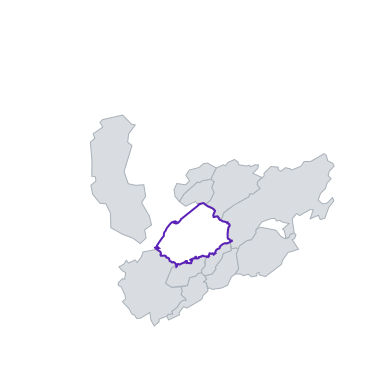 Poland highlighted, Robinson projection, rotated 319°
{"feature_id": "POL", "entity_name": "Poland", "entity_type": "country or territory", "adm_level": 0, "iso_a3": "POL", "parent_name": "Europe", "parent_adm1": "", "projection": "robinson", "projection_center": [19.099, 51.929], "detail": "fine", "context": "with_neighbors", "style": "outline", "palette": "violet", "viewbox_px": 384, "rotation_deg": 319, "n_neighbors": 11, "source": "natural_earth", "source_scale": "50m", "svg_char_len": 8872}
<svg xmlns="http://www.w3.org/2000/svg" viewBox="0 0 384 384"><g transform="rotate(319 192 192)"><path d="M107.3,165.8L116.5,154.6L119.3,144.4L115.2,140.1L115.5,128.6L120.1,120.6L126.6,120.7L129.0,117.3L126.7,114.3L137.1,102.7L148.0,87.7L153.9,87.7L155.6,83.2L167.3,84.5L168.2,79.1L172.0,78.7L190.1,88.4L190.8,101.0L193.1,104.2L182.2,106.6L176.1,112.3L177.2,117.6L154.2,131.9L149.3,144.0L154.0,150.1L160.4,154.9L154.1,164.9L146.9,167.0L144.1,182.0L139.9,190.3L131.5,189.5L127.2,196.6L119.1,197.0L117.2,188.5L111.9,178.4L107.3,165.8Z" fill="#d9dde1" stroke="#a8b0b8" stroke-width="1"/><path d="M226.0,189.8L233.5,192.0L234.7,194.2L238.3,193.2L245.4,195.3L246.4,199.5L245.0,201.9L249.9,207.9L253.0,209.6L252.7,211.3L257.6,212.9L259.9,215.3L257.2,217.3L250.1,217.9L254.3,226.8L248.1,227.3L246.0,229.3L245.8,234.0L236.4,233.5L234.3,231.4L231.7,233.0L207.6,228.5L202.0,228.7L198.1,231.2L194.6,231.6L194.4,227.5L192.0,223.2L196.3,221.4L196.3,217.7L194.2,214.2L193.8,210.2L200.6,210.2L208.3,206.8L209.7,201.6L215.4,198.7L214.5,194.7L226.0,189.8Z" fill="#d9dde1" stroke="#a8b0b8" stroke-width="1"/><path d="M282.8,286.7L286.7,289.0L294.4,288.4L293.2,291.8L285.0,293.4L275.1,298.9L270.7,297.0L272.1,292.5L263.6,289.8L271.9,284.9L269.5,282.7L257.7,280.4L256.9,276.9L250.0,278.0L242.1,290.1L238.5,288.5L235.1,290.0L231.6,288.3L233.5,287.3L236.5,281.1L235.9,279.4L244.7,279.5L240.9,274.8L239.6,270.9L236.8,269.4L237.2,266.2L233.7,263.7L225.0,260.4L215.3,262.7L213.5,264.9L205.5,267.2L202.0,264.9L192.6,263.9L189.4,265.9L188.8,263.4L184.7,260.8L188.1,254.6L189.7,255.2L187.7,251.0L194.2,243.2L197.8,242.2L198.5,239.6L194.6,231.6L198.1,231.2L202.0,228.7L214.9,229.3L231.7,233.0L234.3,231.4L236.4,233.5L245.8,234.0L246.0,229.3L248.1,227.3L257.0,227.2L258.6,225.1L268.3,224.6L273.4,229.8L271.7,231.7L272.6,234.5L278.5,235.0L281.4,239.0L281.5,240.8L291.1,244.0L296.6,242.5L301.6,246.8L317.0,249.8L317.4,252.5L314.9,257.4L317.1,262.6L316.3,265.7L309.1,266.4L305.5,269.0L305.7,273.2L299.8,273.9L295.1,276.9L288.1,277.4L281.9,280.9L282.8,286.7Z" fill="#d9dde1" stroke="#a8b0b8" stroke-width="1"/><path d="M146.6,259.2L146.1,267.4L141.9,267.5L143.3,269.5L139.3,277.1L132.7,277.3L128.9,279.4L112.0,276.3L110.5,273.0L103.0,274.7L102.0,276.5L90.4,273.2L91.5,269.2L93.8,268.7L97.4,271.3L98.6,268.8L105.2,269.2L110.6,267.5L114.1,267.8L116.4,269.7L117.1,268.2L116.3,262.1L119.0,260.9L121.7,256.6L127.2,259.6L134.0,255.0L139.7,257.9L143.2,257.4L146.6,259.2Z" fill="#d9dde1" stroke="#a8b0b8" stroke-width="1"/><path d="M184.7,260.8L188.8,263.4L189.4,265.9L184.9,267.8L176.9,280.5L170.9,282.3L166.2,281.9L157.6,285.7L151.4,283.9L143.4,278.8L142.0,275.6L140.7,275.5L143.3,269.5L141.9,267.5L146.1,267.4L146.7,263.6L153.2,267.0L159.5,265.9L160.1,264.0L170.9,261.7L175.1,258.9L183.1,261.8L184.7,260.8Z" fill="#d9dde1" stroke="#a8b0b8" stroke-width="1"/><path d="M231.6,288.3L235.1,290.0L238.5,288.5L242.1,290.1L242.4,292.5L238.8,294.5L236.4,293.7L234.8,305.1L224.6,300.6L215.7,302.9L212.0,305.3L191.9,304.0L188.2,298.4L189.9,296.8L188.0,295.7L185.7,297.8L181.2,295.0L180.6,291.1L175.9,288.9L175.0,286.0L170.9,282.3L176.9,280.5L184.9,267.8L192.6,263.9L202.0,264.9L205.5,267.2L213.5,264.9L215.3,262.7L218.4,262.7L220.7,263.6L230.2,275.9L230.0,284.0L231.6,288.3Z" fill="#d9dde1" stroke="#a8b0b8" stroke-width="1"/><path d="M214.5,194.7L215.4,198.7L209.7,201.6L208.3,206.8L200.6,210.2L193.8,210.2L192.0,207.3L188.3,206.4L188.4,201.5L177.8,198.5L176.2,191.0L184.2,188.3L202.7,188.0L203.8,189.8L207.5,190.4L214.5,194.7Z" fill="#d9dde1" stroke="#a8b0b8" stroke-width="1"/><path d="M219.1,178.1L222.6,180.2L226.0,189.8L214.5,194.7L207.5,190.4L203.8,189.8L202.7,188.0L184.2,188.3L176.2,191.0L176.3,184.3L179.7,178.7L186.1,175.6L191.8,182.3L197.4,182.1L198.4,175.3L204.3,173.7L213.4,178.1L219.1,178.1Z" fill="#d9dde1" stroke="#a8b0b8" stroke-width="1"/><path d="M126.9,211.6L128.4,216.3L126.4,218.7L128.9,222.0L130.5,226.9L129.9,230.1L132.7,235.9L129.4,236.9L127.5,235.8L112.2,243.6L114.0,250.3L121.7,256.6L119.0,260.9L116.3,262.1L117.1,268.2L116.4,269.7L114.1,267.8L110.6,267.5L105.2,269.2L98.6,268.8L97.4,271.3L93.8,268.7L91.5,269.2L83.6,266.4L82.0,268.4L75.6,268.3L77.0,261.7L81.1,255.2L70.5,253.5L67.2,251.1L67.9,247.0L66.6,244.9L67.9,238.7L67.5,229.1L71.8,229.1L73.9,225.6L76.3,217.2L75.2,214.1L76.7,212.2L82.7,211.7L83.9,213.7L89.1,209.2L87.7,205.7L87.7,200.5L93.0,201.8L97.6,200.4L97.5,203.9L104.6,206.0L104.3,209.3L111.6,207.6L115.7,205.1L126.9,211.6Z" fill="#d9dde1" stroke="#a8b0b8" stroke-width="1"/><path d="M188.1,254.6L183.1,261.8L175.1,258.9L170.9,261.7L160.1,264.0L159.5,265.9L153.2,267.0L146.7,263.6L146.0,260.4L147.7,257.1L153.5,256.3L158.5,250.8L164.1,250.1L167.8,253.4L172.2,251.4L175.7,252.3L181.0,251.0L188.1,254.6Z" fill="#d9dde1" stroke="#a8b0b8" stroke-width="1"/><path d="M132.7,235.9L136.1,238.9L141.6,239.7L141.1,242.2L145.0,244.1L146.1,241.7L151.2,242.7L151.8,245.6L157.3,246.2L160.7,250.8L155.6,252.9L153.5,256.3L147.7,257.1L146.6,259.2L143.2,257.4L139.7,257.9L134.0,255.0L127.2,259.6L114.0,250.3L112.2,243.6L127.5,235.8L129.4,236.9L132.7,235.9Z" fill="#d9dde1" stroke="#a8b0b8" stroke-width="1"/><path d="M195.2,232.1L195.6,232.8L195.8,233.3L195.6,233.7L195.7,234.0L196.1,234.5L197.2,235.7L197.8,237.0L198.1,237.4L199.0,238.1L199.0,238.3L198.7,238.5L198.3,238.6L198.1,238.9L198.3,239.1L198.6,239.4L199.0,240.4L199.0,241.2L198.7,241.4L198.4,241.9L198.2,242.3L196.3,242.6L195.8,243.1L194.8,243.9L194.1,244.5L193.1,245.4L191.4,247.0L190.8,247.7L190.4,248.2L189.1,249.7L188.7,250.4L188.7,250.9L189.2,252.1L189.3,252.6L189.2,253.2L189.1,253.6L189.1,253.8L189.5,254.1L190.2,254.7L190.2,254.8L190.1,255.0L189.9,255.2L189.1,255.0L188.2,254.7L187.9,254.7L187.4,254.7L185.4,254.0L184.1,253.5L183.9,253.1L183.7,252.6L183.1,252.2L181.8,251.8L181.2,251.6L179.1,251.4L178.2,251.4L177.5,251.5L177.1,251.5L176.5,252.2L176.1,252.4L175.5,252.5L175.0,252.3L174.5,252.0L173.7,251.7L173.1,251.8L172.6,251.8L172.2,251.7L172.1,251.8L171.8,251.8L171.4,252.0L170.9,252.3L170.3,252.5L169.9,252.9L169.6,253.7L168.5,253.3L168.2,253.5L167.7,253.6L167.3,253.5L167.4,253.2L167.6,252.9L167.6,252.4L167.5,251.9L167.1,251.8L166.6,251.7L166.4,251.6L166.4,251.4L166.1,251.2L165.7,250.7L165.3,250.0L165.0,249.8L164.6,250.1L164.0,250.5L163.6,250.6L162.8,251.7L161.5,251.7L161.4,251.2L161.3,250.7L160.5,250.6L160.5,250.4L160.3,249.7L158.8,248.3L158.6,247.8L158.6,247.5L158.5,247.2L158.2,247.0L157.0,246.7L156.6,246.9L156.3,246.7L155.9,246.4L155.1,246.1L154.8,245.8L154.6,245.7L154.5,245.9L154.3,246.1L153.5,246.3L153.2,246.2L152.9,246.0L152.5,245.5L152.1,245.1L151.7,245.0L151.4,244.8L151.4,244.6L152.3,244.3L152.5,243.9L152.4,243.3L152.2,243.2L151.9,243.4L151.1,243.6L150.5,243.7L150.1,243.7L148.2,242.6L147.0,242.2L146.2,242.1L146.1,242.3L146.5,242.9L147.0,243.7L147.0,243.9L146.3,244.2L145.9,244.3L145.4,244.6L145.0,245.0L144.7,245.2L144.4,245.1L144.1,244.9L143.3,243.8L142.3,242.9L142.2,242.7L141.9,242.6L141.5,242.4L141.3,242.2L141.5,241.9L141.8,241.6L142.4,241.5L142.6,241.3L142.7,241.1L142.9,240.8L142.8,240.7L142.4,240.4L141.9,240.0L140.3,240.3L139.9,240.4L139.6,240.2L139.4,239.9L139.0,239.8L138.5,239.6L137.9,239.3L137.2,239.2L135.9,238.8L135.4,238.8L135.1,238.6L134.8,238.3L134.6,238.0L134.4,237.3L133.5,236.9L132.5,236.8L132.5,237.6L132.4,237.9L131.8,238.2L131.1,238.2L132.0,236.8L132.3,236.0L132.7,234.6L132.3,233.4L132.2,232.9L132.0,232.6L130.7,232.1L130.6,231.9L130.8,231.1L130.7,230.8L130.4,230.5L130.0,229.8L129.9,229.3L130.4,228.6L130.6,228.1L130.8,227.4L131.0,227.1L130.7,226.7L130.6,226.3L130.7,225.8L130.5,225.4L130.1,225.2L129.8,224.8L129.7,224.4L129.8,223.8L130.2,222.9L129.4,221.8L127.6,220.5L126.7,219.7L126.8,219.2L127.2,218.7L128.0,218.3L128.5,217.6L128.8,216.7L128.9,215.9L128.1,213.4L128.0,212.8L127.9,212.1L127.9,211.9L129.5,212.4L130.2,212.7L130.1,212.3L130.0,212.1L130.1,211.6L130.1,211.0L128.6,210.7L127.6,210.6L127.5,210.1L127.6,209.8L127.9,210.0L128.8,210.1L131.2,209.2L135.3,208.1L139.7,207.0L140.7,206.9L141.8,206.7L142.1,206.3L142.5,206.1L143.1,205.4L144.5,204.3L146.8,203.9L147.6,203.4L149.5,202.7L153.6,201.9L155.3,201.7L157.0,201.7L158.5,202.3L160.1,203.1L160.3,203.6L159.5,203.3L158.2,202.6L157.8,202.5L158.8,204.7L159.4,205.4L160.6,206.0L161.6,206.2L164.7,205.8L165.7,205.4L166.1,205.2L166.3,205.3L168.3,205.4L170.4,205.5L173.6,205.6L177.0,205.8L180.5,205.9L184.3,206.1L188.3,206.2L188.5,206.1L188.9,205.7L189.4,205.8L190.0,206.0L190.3,206.2L190.4,206.4L190.5,206.6L190.8,206.6L191.4,206.8L192.2,207.2L192.9,207.5L193.5,208.1L193.7,208.6L193.7,209.3L193.7,209.7L193.7,209.9L194.6,213.0L196.1,216.1L196.6,217.5L196.9,218.3L197.1,219.4L197.1,220.2L197.1,220.6L197.1,221.3L196.7,221.6L194.1,222.7L193.6,223.0L192.8,223.8L192.1,224.6L192.0,224.9L191.9,225.1L192.1,225.4L193.0,225.8L194.0,226.2L194.3,226.4L195.0,226.8L195.3,227.1L195.4,227.3L195.4,228.0L195.1,228.8L195.3,229.5L195.0,229.9L194.7,230.4L194.7,231.2L195.2,232.1Z" fill="none" stroke="#5b21b6" stroke-width="2"/></g></svg>